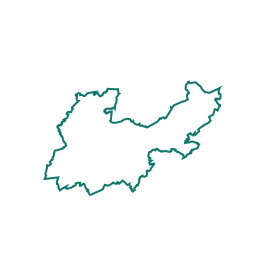 outline of Isnaudas pag., Ludzas, Latvia, rotated 143°
{"feature_id": "27541924B87627734072498", "entity_name": "Isnaudas pag.", "entity_type": "district", "adm_level": 2, "iso_a3": "LVA", "parent_name": "Latvia", "parent_adm1": "Ludzas", "projection": "robinson", "projection_center": [27.797, 56.478], "detail": "fine", "context": "isolated", "style": "outline", "palette": "teal", "viewbox_px": 256, "rotation_deg": 143, "n_neighbors": 0, "source": "geoboundaries", "source_scale": "gbopen_adm2", "svg_char_len": 5834}
<svg xmlns="http://www.w3.org/2000/svg" viewBox="0 0 256 256"><g transform="rotate(143 128 128)"><path d="M199.9,153.8L202.0,152.6L202.4,152.0L202.9,151.7L203.1,151.1L203.5,151.0L205.2,149.8L205.8,149.8L205.9,149.4L206.8,148.9L207.1,148.2L207.9,148.1L208.4,148.5L211.0,147.9L211.1,145.7L213.3,145.6L215.0,145.8L215.0,146.9L215.3,146.9L216.8,144.8L217.6,144.4L219.0,142.8L220.3,142.2L221.6,141.2L222.0,139.4L225.2,137.4L213.4,130.5L217.1,128.0L218.3,126.2L217.8,126.0L218.2,123.6L219.3,122.6L219.7,121.3L219.9,119.1L217.2,119.2L212.1,118.4L213.9,117.7L213.2,116.0L207.6,114.1L206.6,114.6L204.6,113.7L203.0,114.9L203.0,115.2L201.3,114.7L200.2,113.7L199.1,113.1L199.8,112.3L200.6,111.9L201.1,110.7L200.0,110.2L197.3,110.4L196.6,109.6L198.1,104.6L197.1,102.8L198.6,102.1L198.0,101.2L198.3,101.1L198.6,97.8L198.1,97.1L193.9,96.3L188.2,94.8L184.8,94.3L182.6,95.7L180.6,96.5L179.0,94.3L177.8,93.7L177.0,93.4L175.6,93.5L174.2,93.2L172.7,93.4L171.9,91.4L170.6,90.4L169.9,89.9L169.6,90.5L169.7,91.0L169.1,91.1L168.5,90.6L168.2,88.8L164.0,89.4L163.2,86.5L163.0,83.7L162.8,82.8L160.6,82.5L161.4,81.9L160.9,79.4L162.2,79.1L161.6,77.2L162.4,77.0L162.6,75.7L162.4,74.3L161.4,74.5L159.9,74.3L160.0,75.2L159.5,75.8L158.7,76.3L157.6,76.2L156.8,76.8L155.7,76.8L155.3,77.2L155.0,77.0L154.8,76.2L154.2,76.3L154.0,77.0L152.6,77.6L150.5,79.2L150.2,79.5L150.2,80.3L148.7,80.8L148.7,81.2L148.4,81.4L147.4,81.5L146.2,81.3L146.4,81.2L145.9,80.6L144.7,80.0L144.2,79.1L142.1,78.7L140.1,80.1L139.8,81.0L138.8,82.5L138.1,82.4L137.5,81.2L136.8,80.9L135.8,80.9L135.1,81.1L133.8,82.1L132.3,82.3L131.2,82.6L130.7,83.1L128.8,83.5L128.5,83.9L130.5,84.9L130.9,85.3L131.8,85.0L132.3,85.4L132.0,85.8L132.2,86.5L132.0,87.2L131.5,87.9L128.6,87.7L128.8,88.1L130.0,88.4L130.4,89.1L130.4,89.6L129.8,90.4L128.4,90.6L129.1,91.8L128.7,93.3L125.8,95.9L125.0,95.8L124.0,95.2L121.4,95.7L119.6,94.5L119.6,93.7L119.0,93.7L118.0,94.3L117.7,93.8L117.1,93.6L116.9,93.2L117.1,92.7L116.7,91.9L116.9,91.2L116.1,90.3L115.9,89.4L114.6,89.0L114.4,88.2L112.3,87.3L111.3,86.5L110.1,84.7L109.1,84.2L108.7,83.6L106.9,83.5L106.6,83.7L106.7,84.2L106.3,85.0L105.5,84.9L104.6,84.4L104.0,83.2L102.9,82.3L103.0,82.0L103.9,81.6L103.8,81.2L103.3,80.7L103.1,80.2L103.0,79.7L103.2,79.4L102.0,78.3L101.7,77.0L101.3,76.5L101.2,75.5L100.4,74.4L100.2,73.7L100.5,73.5L100.3,73.0L100.2,71.8L102.0,70.8L99.2,70.2L98.5,70.3L97.6,71.0L96.5,71.1L92.7,69.9L92.3,70.2L93.5,70.7L92.9,71.2L90.1,72.1L89.6,71.2L88.8,71.4L87.6,71.2L84.8,70.0L83.2,71.0L81.0,72.1L82.2,73.9L81.5,74.1L84.9,78.6L89.1,80.3L89.8,80.9L91.4,81.6L89.9,83.1L87.9,81.8L86.3,82.1L87.1,82.9L87.2,83.2L86.8,83.4L87.1,83.7L85.1,83.7L84.8,86.5L81.4,86.4L81.5,85.1L81.1,85.1L80.6,83.1L77.4,84.1L78.4,82.0L73.0,82.6L72.8,84.5L69.7,84.7L65.4,84.4L65.4,84.6L59.7,83.6L58.9,84.2L57.6,84.2L56.6,88.1L52.0,87.4L47.4,90.7L46.4,89.5L45.9,88.1L42.8,90.0L41.3,90.1L40.6,90.8L41.1,91.6L41.6,91.9L41.4,92.4L41.6,94.9L41.1,96.1L41.4,96.7L41.0,97.4L41.4,97.7L41.3,98.2L40.7,98.6L39.9,98.5L38.8,97.5L38.8,97.1L38.3,96.4L37.6,95.9L36.7,96.1L35.9,96.7L35.0,97.5L33.9,99.2L34.3,99.9L34.3,100.2L34.8,100.3L34.2,101.8L33.1,103.3L32.1,103.7L32.2,104.2L30.8,104.7L41.7,107.0L45.1,110.6L45.4,113.9L45.6,114.3L45.0,117.0L45.8,119.8L45.8,121.1L46.3,122.4L46.5,123.8L48.9,125.2L51.3,126.2L51.7,127.0L51.4,128.3L51.8,128.5L52.4,128.6L53.0,128.0L56.0,127.4L58.2,124.9L58.7,123.8L57.8,122.6L58.3,120.6L58.0,119.8L58.7,119.0L60.3,119.4L61.2,118.7L62.8,116.0L63.0,114.7L65.3,115.2L66.1,115.2L69.1,116.4L77.7,118.5L78.1,118.3L80.7,117.6L81.1,118.6L82.0,116.8L92.2,113.1L93.1,113.8L92.9,114.5L93.1,114.9L94.4,115.7L96.3,115.6L96.7,116.5L100.4,115.3L112.4,116.9L112.5,117.9L113.4,118.3L113.2,118.9L114.0,119.4L115.0,120.5L115.1,121.5L117.0,122.5L117.0,123.4L116.2,124.3L116.2,124.6L117.3,124.5L118.5,124.9L119.1,125.6L120.3,127.9L120.1,129.6L119.6,130.5L120.7,130.4L121.3,130.7L121.4,131.8L121.0,133.3L121.3,134.2L122.3,134.8L123.2,136.0L123.9,136.3L124.9,136.5L126.6,137.2L129.4,137.3L134.4,139.4L136.5,140.9L138.0,143.1L137.9,143.8L138.0,144.5L137.1,144.5L131.3,150.7L132.6,151.2L133.0,152.1L133.4,152.3L134.0,152.4L135.1,152.1L135.6,152.5L136.5,152.4L136.7,152.7L136.5,153.3L136.8,153.8L136.9,154.6L135.9,154.7L135.7,155.3L136.8,155.6L136.4,156.3L133.8,156.4L133.5,156.0L132.5,155.7L131.0,154.6L130.6,154.1L130.8,153.5L130.3,153.5L129.9,153.0L129.3,152.9L129.4,153.4L128.6,153.5L127.1,152.8L126.6,152.2L126.7,151.6L125.8,152.6L124.9,153.3L125.0,153.6L124.6,154.0L121.3,155.9L120.8,156.8L120.4,156.9L120.0,157.4L118.8,159.5L116.8,160.0L115.4,160.8L114.2,160.7L114.6,161.7L112.6,165.0L114.4,166.2L120.5,171.4L121.4,171.3L121.4,171.0L122.4,170.5L122.6,170.0L123.2,169.8L124.7,169.9L124.6,170.4L125.5,170.8L126.4,170.8L128.5,169.6L129.4,170.1L130.1,169.6L131.4,170.3L131.5,173.7L130.9,174.6L132.3,174.9L134.1,174.6L135.1,174.8L135.2,175.1L135.1,175.6L133.5,176.3L133.4,176.6L132.6,176.7L139.3,180.1L143.4,179.6L144.3,180.3L144.5,181.8L146.4,183.0L145.5,184.3L146.4,185.1L146.5,185.6L148.0,185.9L148.7,185.6L149.5,186.1L150.2,185.6L150.0,184.9L149.2,184.8L150.1,183.5L151.5,182.3L152.0,181.1L151.9,180.0L151.2,179.4L160.5,178.1L160.8,177.3L160.5,176.4L161.7,176.3L163.8,174.8L165.9,176.9L167.8,176.6L168.5,176.2L168.4,175.3L167.5,174.6L170.4,172.7L172.3,173.0L172.7,173.3L174.1,173.4L173.5,172.0L174.7,171.5L175.8,172.3L176.2,172.4L176.4,172.7L177.5,172.4L177.8,172.1L177.5,171.7L177.8,171.3L178.4,170.9L179.7,171.3L180.1,170.5L181.5,171.6L181.6,171.9L182.2,172.0L182.8,172.0L183.8,171.4L184.0,171.1L183.5,170.5L184.0,170.2L183.8,167.9L185.0,167.6L184.9,166.8L185.1,166.4L184.6,166.2L184.9,165.6L184.6,165.3L185.0,164.4L185.7,164.5L186.1,164.2L185.9,162.7L185.6,161.8L186.3,161.2L185.8,160.4L187.3,157.0L187.2,156.1L187.7,155.0L187.0,153.5L187.7,152.2L187.8,151.4L188.1,151.1L190.2,151.1L191.1,151.4L191.6,150.6L198.0,152.9L199.9,153.8Z" fill="none" stroke="#0f766e" stroke-width="2"/></g></svg>